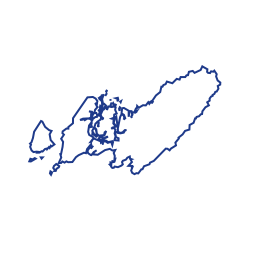 the district of Kyaukpyu, Rakhine, Myanmar, rotated 64°
{"feature_id": "60261553B96709228149477", "entity_name": "Kyaukpyu", "entity_type": "district", "adm_level": 2, "iso_a3": "MMR", "parent_name": "Myanmar", "parent_adm1": "Rakhine", "projection": "orthographic", "projection_center": [93.863, 19.586], "detail": "fine", "context": "isolated", "style": "outline", "palette": "blue", "viewbox_px": 256, "rotation_deg": 64, "n_neighbors": 0, "source": "geoboundaries", "source_scale": "gbopen_adm2", "svg_char_len": 6035}
<svg xmlns="http://www.w3.org/2000/svg" viewBox="0 0 256 256"><g transform="rotate(64 128 128)"><path d="M120.3,26.2L118.5,24.7L114.3,25.3L114.8,26.6L113.5,28.5L114.6,30.2L113.5,31.9L112.2,32.3L110.0,30.9L105.2,34.2L107.7,37.3L107.6,44.0L105.1,44.8L104.2,48.6L106.8,50.9L106.3,52.3L107.3,54.2L105.3,58.4L107.1,60.4L105.2,62.7L107.2,68.5L103.3,72.7L105.1,75.0L104.9,77.3L106.0,78.9L105.5,79.9L109.8,83.3L111.0,88.6L114.0,93.9L114.3,96.6L115.2,95.7L114.9,93.4L115.9,95.3L114.8,96.5L115.7,98.3L113.7,98.5L115.5,102.1L114.1,104.5L114.5,109.4L112.2,110.1L114.2,111.4L113.9,112.3L116.0,114.7L116.0,112.9L116.4,112.4L117.2,113.3L117.4,114.8L115.5,117.4L118.0,118.1L119.2,119.9L120.6,120.0L119.3,120.2L117.9,118.4L114.4,117.5L113.6,119.0L118.2,122.5L112.8,119.8L108.2,122.9L107.7,124.6L112.0,127.4L114.4,125.9L118.0,126.2L118.5,128.2L117.4,126.9L114.8,126.4L112.8,127.8L114.6,130.2L123.9,137.3L126.9,138.6L128.8,137.4L129.6,134.9L128.5,131.8L129.2,130.2L128.8,131.6L130.3,133.9L129.5,137.1L127.9,139.4L125.8,140.5L127.2,141.8L131.0,142.8L133.1,141.0L135.1,142.0L133.0,145.5L130.0,142.8L127.0,142.4L124.0,140.0L121.7,140.8L121.3,143.3L120.8,141.8L121.5,138.4L117.5,139.2L112.9,136.5L112.7,138.3L112.4,138.6L112.6,136.1L109.9,134.5L110.0,131.8L106.0,131.6L104.1,130.1L102.6,131.1L102.0,133.5L100.0,136.2L102.6,139.0L100.1,137.8L99.2,138.9L100.2,140.0L100.7,141.4L100.8,142.9L104.2,146.9L106.8,146.8L108.2,146.1L108.6,146.3L109.1,147.7L108.2,146.3L106.3,147.4L108.4,148.9L108.9,152.4L110.6,152.0L113.0,153.9L113.3,152.7L113.4,153.9L112.8,154.0L110.6,152.2L109.2,152.8L109.8,155.3L112.6,157.9L115.2,157.1L119.5,158.5L122.1,157.5L123.9,152.6L121.7,150.9L121.2,148.9L124.3,152.5L123.6,155.9L126.8,154.3L126.6,151.0L127.1,149.8L126.9,154.8L123.4,156.9L124.7,159.0L126.9,157.5L129.5,153.5L132.1,151.8L133.0,147.8L134.1,147.6L136.5,149.6L132.9,149.2L132.5,152.7L130.1,154.1L129.6,155.7L129.8,157.0L132.0,157.7L129.1,157.6L129.3,158.7L128.1,158.3L122.7,163.1L122.7,164.6L124.3,166.9L124.1,167.7L122.6,164.7L122.3,163.1L121.9,164.4L121.9,163.2L120.8,163.4L117.2,165.9L114.0,165.5L108.7,161.9L107.5,159.5L108.4,159.5L108.2,158.8L105.1,157.2L103.2,158.1L101.7,160.3L102.1,164.3L101.3,162.8L100.6,163.4L100.5,165.7L99.7,167.6L99.9,164.3L102.3,158.7L102.3,156.6L99.2,155.0L97.7,153.6L97.0,154.7L95.9,155.7L97.6,153.3L99.2,153.9L99.2,151.2L97.2,149.6L95.8,146.2L94.2,146.5L93.2,145.7L92.9,146.5L91.2,146.6L92.8,145.6L90.4,143.7L87.3,144.2L84.7,146.0L82.7,151.0L95.1,173.1L99.6,175.4L101.0,181.2L102.4,181.9L101.5,183.5L102.4,188.2L103.9,189.2L105.9,188.5L108.4,192.8L112.0,192.4L116.3,195.1L122.2,199.7L121.9,200.3L125.2,200.9L129.2,205.7L130.1,203.3L129.3,201.7L131.3,200.2L131.0,198.0L132.5,196.8L134.2,192.9L131.4,187.6L130.8,184.3L130.9,178.5L132.2,176.8L129.0,174.0L126.3,168.2L128.2,168.7L129.1,168.0L130.0,169.7L128.7,170.8L130.7,174.4L133.1,174.9L136.0,173.3L136.3,172.8L134.6,169.3L134.3,166.0L134.9,169.4L136.7,170.5L138.8,166.9L137.8,158.3L138.8,153.4L141.4,151.9L142.2,149.1L144.2,151.8L147.2,152.1L149.9,153.7L150.1,152.9L152.1,154.7L151.2,156.1L152.2,156.1L151.2,158.8L152.6,159.0L152.7,160.5L154.0,160.1L153.8,159.2L155.3,160.1L157.0,159.6L157.5,158.2L156.8,156.9L158.8,154.2L158.9,150.3L158.4,148.6L156.0,148.3L155.2,147.0L155.5,143.7L154.4,141.6L154.4,138.9L156.5,139.6L157.6,138.5L157.5,139.5L160.3,139.4L162.2,144.2L163.9,141.0L164.8,141.6L165.0,141.0L167.6,143.8L170.1,143.9L172.3,142.4L172.3,140.2L173.3,138.7L171.0,134.1L171.4,133.0L169.4,130.4L170.0,124.6L168.8,123.4L168.9,119.3L163.1,103.1L164.0,101.6L166.3,100.4L165.3,98.4L164.7,92.5L161.9,91.8L159.7,86.9L158.8,86.8L157.7,81.7L155.6,78.0L156.3,73.5L152.3,71.3L152.1,66.8L148.8,63.5L149.2,62.8L148.1,61.5L148.6,59.0L147.6,56.6L147.9,55.3L145.6,53.8L143.3,49.3L143.1,45.4L139.6,45.5L139.2,42.6L137.3,41.7L136.2,39.6L136.2,37.8L135.4,37.5L135.2,35.4L133.8,33.7L134.1,32.3L132.3,29.5L129.6,28.9L129.4,26.1L127.6,25.1L124.6,26.6L120.3,26.2ZM99.3,201.2L97.1,198.0L95.4,199.8L90.7,202.0L84.7,202.2L83.6,203.1L90.2,214.0L95.3,217.8L98.6,221.1L99.1,222.9L100.5,222.5L102.0,224.2L105.9,224.5L108.2,223.5L109.2,220.5L110.1,219.1L110.5,220.1L111.3,218.4L111.0,215.9L111.7,215.1L110.5,211.8L110.9,209.9L111.6,210.0L110.5,207.5L111.6,207.2L110.1,205.2L111.1,204.8L110.5,201.3L104.9,202.8L99.3,201.2ZM117.2,138.6L121.3,137.9L121.4,136.5L112.5,133.5L112.9,135.1L117.2,138.6ZM133.0,207.4L132.1,206.5L128.9,208.3L129.7,211.2L131.1,212.7L133.8,212.3L134.3,213.0L134.9,211.8L133.3,210.1L133.0,207.4ZM102.8,150.0L100.6,149.9L99.7,152.2L101.2,154.5L106.0,157.1L104.6,156.2L103.8,152.5L104.4,151.1L102.8,150.0ZM119.6,161.1L120.0,159.0L118.5,158.3L115.4,157.6L112.8,158.5L114.9,161.4L119.6,161.1ZM100.4,143.0L98.1,138.0L95.7,138.9L95.4,139.8L98.3,142.7L100.4,143.0ZM102.8,130.4L99.1,130.4L99.5,131.1L98.5,132.2L100.6,134.6L102.8,130.4ZM114.7,231.3L115.5,230.0L115.1,224.4L114.2,225.0L114.4,227.5L112.9,229.2L114.7,231.3ZM90.6,138.6L87.0,134.9L88.7,137.1L86.4,136.8L87.6,137.4L88.1,139.9L88.8,138.9L90.4,139.5L90.1,138.7L95.6,141.0L94.8,139.7L90.6,138.6ZM121.5,158.2L120.1,158.6L120.2,160.3L119.8,161.2L121.9,160.4L121.5,158.2ZM136.3,217.7L134.6,215.7L133.0,216.7L134.5,218.0L136.3,217.7ZM104.2,148.7L104.8,147.9L101.8,146.9L103.1,148.4L104.2,148.7ZM98.5,124.4L96.4,123.9L95.9,125.9L97.4,124.5L99.4,125.9L98.5,124.4ZM97.0,144.1L97.6,143.6L97.3,142.1L95.8,143.1L97.0,144.1ZM99.5,147.4L99.8,145.1L98.0,144.4L98.9,145.1L99.5,147.4ZM108.9,128.1L106.1,126.1L105.7,126.3L106.8,127.6L108.9,128.1ZM116.3,115.6L117.0,113.6L116.5,112.6L116.3,115.6ZM89.1,141.0L90.7,140.4L88.5,139.5L89.1,141.0ZM116.2,219.2L117.6,219.1L117.0,217.6L116.2,219.2ZM102.4,145.8L101.7,144.5L100.8,144.6L101.3,145.6L102.4,145.8ZM118.0,162.8L119.0,161.9L117.2,162.3L118.0,162.8ZM110.8,161.1L111.1,159.9L109.9,159.8L110.8,161.1ZM103.0,130.1L101.8,128.8L101.3,129.2L101.6,129.8L103.0,130.1ZM86.2,132.2L86.0,131.6L84.8,130.1L85.0,131.0L86.2,132.2ZM89.2,134.4L87.9,132.3L87.7,132.3L89.2,134.4ZM100.9,123.4L101.6,123.3L100.8,122.5L100.9,123.4ZM95.8,131.8L94.9,131.3L94.4,131.3L95.8,131.8Z" fill="none" stroke="#1e3a8a" stroke-width="2"/></g></svg>